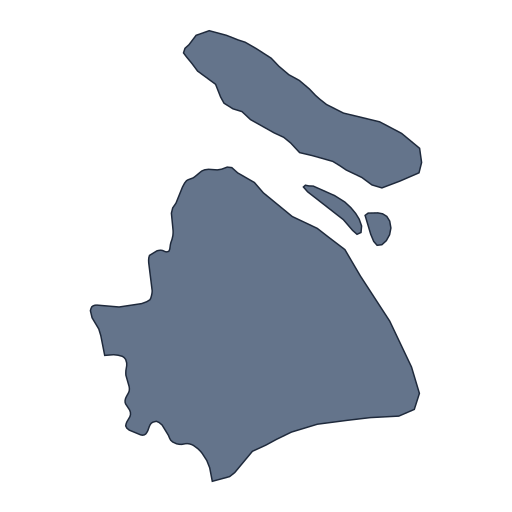 map outline of Shanghai (Equal Earth projection)
{"feature_id": "CHN-1819", "entity_name": "Shanghai", "entity_type": "Municipality", "adm_level": 1, "iso_a3": "CHN", "parent_name": "China", "parent_adm1": "", "projection": "equal_earth", "projection_center": [121.333, 31.266], "detail": "fine", "context": "isolated", "style": "filled", "palette": "slate", "viewbox_px": 512, "rotation_deg": 0, "n_neighbors": 0, "source": "natural_earth", "source_scale": "10m", "svg_char_len": 2662}
<svg xmlns="http://www.w3.org/2000/svg" viewBox="0 0 512 512"><path d="M231.8,167.6L237.7,172.9L254.4,182.5L263.3,192.8L292.2,216.5L317.3,228.4L328.6,237.2L344.9,249.6L360.3,275.9L389.7,321.1L411.5,367.0L419.4,393.4L414.3,409.4L398.8,416.1L370.3,417.6L347.4,420.3L317.4,424.2L291.4,432.1L276.4,439.4L265.9,445.1L252.4,451.3L234.7,472.6L229.6,476.6L212.3,481.3L209.7,467.8L206.8,460.5L202.2,453.4L200.6,451.4L198.0,448.8L193.4,445.4L191.5,444.5L189.5,443.9L187.4,443.6L185.4,443.7L181.7,444.4L179.3,444.3L176.6,443.8L172.7,442.0L170.7,440.2L169.6,438.2L168.4,435.3L162.1,425.0L159.1,422.5L156.4,421.3L154.6,421.7L152.8,422.2L151.3,423.2L150.2,424.6L149.3,426.5L147.8,430.7L146.8,432.5L145.7,434.0L144.2,434.9L142.4,435.2L140.5,434.8L129.2,430.1L126.8,428.1L125.7,425.9L126.1,423.9L126.8,422.0L129.9,416.7L130.5,414.6L130.4,412.2L129.6,410.0L125.6,403.9L125.1,402.3L125.1,400.4L125.6,398.3L126.5,396.4L128.4,393.0L129.2,391.1L129.4,388.9L129.2,386.8L125.9,375.2L125.8,373.0L125.9,370.6L126.7,365.7L126.7,363.0L125.7,359.5L124.2,357.6L122.3,356.3L118.0,355.2L113.6,354.7L104.7,355.4L100.8,335.6L98.8,329.0L92.1,317.8L90.4,310.7L90.9,308.8L91.8,306.8L93.2,305.8L95.0,305.2L97.0,305.1L119.1,307.0L141.7,303.6L146.8,301.7L150.0,299.7L150.9,297.8L151.5,295.6L152.0,293.2L152.2,290.9L148.7,262.6L148.6,260.2L148.8,257.8L149.5,255.4L157.0,250.8L158.9,250.4L160.7,250.2L162.6,250.5L165.1,251.6L166.6,251.9L168.7,251.4L169.4,250.1L169.8,248.9L170.4,244.6L170.9,242.5L172.0,239.4L172.9,235.5L173.1,232.9L173.1,230.9L172.7,226.5L171.4,213.2L172.7,207.9L176.0,203.1L182.5,187.0L184.6,183.1L186.5,180.7L188.0,179.8L193.1,177.9L194.7,176.8L201.0,171.6L201.8,171.0L204.7,169.8L208.5,169.3L217.3,169.9L221.6,169.2L227.2,167.1L231.8,167.6ZM379.6,121.8L401.6,133.4L419.6,148.3L421.6,162.5L419.0,172.8L399.9,181.1L381.9,187.9L371.9,184.9L361.9,177.5L346.2,170.0L340.3,166.0L332.8,161.4L312.3,155.6L299.6,152.6L290.7,143.0L283.7,137.3L274.0,132.8L250.5,119.6L242.0,111.6L232.9,108.8L224.0,103.2L220.6,97.0L215.6,84.3L197.6,71.1L192.1,63.7L186.5,56.9L183.5,52.9L185.0,48.3L189.0,44.7L196.1,35.3L209.2,30.7L226.4,35.3L238.0,39.9L245.1,42.2L256.1,48.5L271.2,58.2L278.8,66.2L288.8,74.7L299.4,80.5L309.4,89.0L315.4,95.3L319.9,99.3L326.5,104.5L343.5,113.1L379.6,121.8ZM355.7,213.5L359.2,219.2L361.6,226.0L361.0,232.5L357.0,234.3L352.6,230.4L343.4,219.7L307.6,191.8L303.4,187.0L305.4,185.2L308.7,185.9L313.3,186.1L334.8,195.7L344.9,202.1L350.9,207.7L355.7,213.5ZM377.9,212.9L382.6,213.8L386.8,216.4L389.7,221.1L390.9,228.0L389.6,234.7L386.3,240.7L381.9,244.7L377.1,245.3L373.7,241.4L370.7,234.2L365.1,215.4L368.1,213.1L377.9,212.9Z" fill="#64748b" stroke="#1e293b" stroke-width="1.5"/></svg>